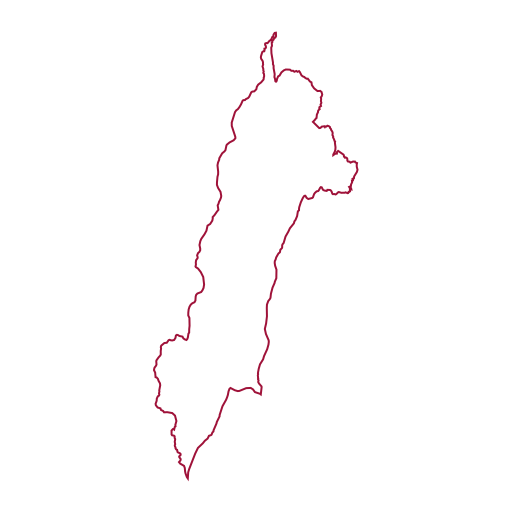 Santa Barbara, Santander, Colombia, rotated 181°
{"feature_id": "7082276B97300956542202", "entity_name": "Santa Barbara", "entity_type": "district", "adm_level": 2, "iso_a3": "COL", "parent_name": "Colombia", "parent_adm1": "Santander", "projection": "equal_earth", "projection_center": [-72.939, 6.992], "detail": "fine", "context": "isolated", "style": "outline", "palette": "rose", "viewbox_px": 512, "rotation_deg": 181, "n_neighbors": 0, "source": "geoboundaries", "source_scale": "gbopen_adm2", "svg_char_len": 6104}
<svg xmlns="http://www.w3.org/2000/svg" viewBox="0 0 512 512"><g transform="rotate(181 256 256)"><path d="M354.3,133.1L353.2,132.8L351.9,131.4L351.3,129.6L349.8,127.0L349.5,125.1L350.4,119.9L350.2,119.0L350.6,116.9L350.2,115.6L350.6,114.7L351.7,114.0L352.7,111.7L352.8,109.5L353.8,106.5L353.5,105.0L351.7,102.8L348.9,102.0L348.3,100.4L346.1,99.4L345.2,98.1L342.0,98.3L337.0,97.5L334.2,95.0L332.7,89.6L333.7,85.7L333.5,84.3L334.2,83.8L334.8,81.1L335.5,81.7L336.1,81.5L337.4,80.0L337.3,76.1L336.8,75.3L334.8,74.9L334.2,74.3L334.2,72.7L333.6,71.5L334.0,68.8L333.5,66.4L333.9,65.4L333.7,64.2L333.1,63.3L333.1,62.3L332.5,61.3L331.5,60.8L331.1,58.8L330.5,58.2L328.7,57.5L327.9,56.6L328.0,55.6L329.3,54.3L329.2,53.5L327.8,51.7L327.8,50.9L328.1,50.1L329.4,48.6L328.2,47.1L324.3,44.9L323.5,42.8L323.1,39.2L322.7,37.5L321.3,33.8L320.3,32.4L320.0,38.6L319.1,41.8L313.3,57.5L310.7,63.1L305.9,67.8L303.9,70.4L301.2,72.6L299.9,75.4L297.9,76.1L297.3,76.6L296.5,78.8L295.5,79.8L295.4,81.0L292.6,87.8L292.3,89.3L289.6,95.1L289.6,96.4L286.9,105.2L283.4,111.7L282.4,114.3L281.7,116.6L281.1,120.2L280.2,122.7L279.2,123.6L274.8,121.4L271.9,120.6L270.3,120.8L263.5,123.7L259.0,124.0L256.7,122.6L254.7,119.9L249.6,118.3L248.8,117.7L248.1,124.8L248.2,125.7L250.8,128.6L251.6,130.1L251.3,131.8L251.8,132.7L251.6,133.5L251.9,134.0L251.8,134.8L252.1,136.6L251.8,138.0L252.0,138.4L251.9,139.8L251.3,143.3L250.1,147.8L247.1,152.8L246.2,156.1L243.2,163.0L242.0,167.6L241.7,170.4L241.9,172.0L244.7,178.2L245.9,183.2L244.7,188.8L244.0,195.9L244.3,204.3L244.2,207.6L243.0,211.1L241.4,213.2L240.8,214.4L240.4,218.6L238.9,224.7L237.0,229.2L236.7,230.7L235.3,234.1L235.3,242.7L236.7,246.6L237.2,249.4L237.1,251.2L236.3,252.9L235.8,254.9L234.0,258.2L233.6,258.9L232.2,260.1L231.7,262.8L230.3,264.2L230.0,265.0L230.0,267.2L229.7,268.1L228.6,269.5L226.8,276.0L224.1,280.9L222.6,284.3L218.7,289.3L218.2,291.3L217.1,292.8L215.6,296.6L214.9,301.4L213.8,302.4L213.8,304.2L213.6,305.6L212.1,310.5L210.3,314.6L209.1,316.6L208.3,317.1L207.7,317.1L206.4,315.0L204.7,313.9L200.8,315.0L200.1,315.6L199.0,318.9L198.1,320.2L196.5,321.7L195.0,322.0L194.4,322.7L193.0,325.4L192.4,326.0L191.5,325.8L190.2,323.4L188.9,322.7L186.6,322.3L186.3,322.4L185.8,323.4L183.1,323.3L182.5,323.0L181.6,321.9L180.8,319.7L180.3,319.2L178.5,319.3L177.6,318.9L176.9,319.2L174.9,321.2L174.3,321.4L171.8,320.7L168.4,320.8L167.6,321.2L165.4,320.4L164.9,320.6L164.5,321.8L163.9,321.7L163.1,322.3L163.3,324.6L161.8,324.2L162.1,325.5L163.4,325.7L164.1,326.7L162.3,327.6L162.2,329.2L161.2,331.4L161.4,333.2L160.4,333.3L160.1,334.4L160.6,335.0L159.4,335.6L159.3,337.2L156.6,341.8L156.0,344.0L156.8,346.9L156.9,349.0L156.6,350.7L158.1,351.2L158.8,352.2L159.5,352.0L160.5,352.2L163.2,351.0L164.0,351.9L165.7,352.1L166.3,352.9L166.4,354.7L166.7,355.4L167.9,356.1L168.7,355.8L169.3,356.7L169.8,356.9L169.9,358.2L170.3,358.9L175.7,362.5L176.9,361.3L176.9,359.8L178.7,359.6L180.5,358.2L180.5,358.8L179.0,361.8L178.5,363.8L178.4,366.1L179.1,370.7L178.9,371.9L179.6,372.5L179.9,373.8L181.0,375.9L180.9,376.9L181.7,378.3L181.5,379.8L181.6,381.0L182.4,382.5L182.9,383.0L183.3,384.3L184.2,385.3L184.3,386.2L185.5,387.1L186.9,387.5L188.0,386.6L189.0,386.8L189.4,386.1L190.0,386.9L192.5,386.5L193.8,385.2L195.0,385.0L201.4,391.1L199.1,393.6L198.7,394.4L197.9,395.0L197.6,398.5L196.5,400.9L196.5,402.0L196.1,402.8L194.9,404.0L195.3,404.7L195.2,405.9L193.6,407.1L194.1,408.5L193.3,410.3L193.8,412.0L193.6,414.2L194.0,415.7L193.2,416.6L192.6,418.5L193.3,421.1L194.7,422.2L197.4,422.0L200.8,424.6L203.1,427.8L203.6,430.6L205.1,431.4L207.3,434.2L208.3,434.1L209.7,434.8L210.9,435.9L211.8,436.1L213.6,437.3L215.4,440.7L216.2,441.6L217.7,440.9L218.9,441.7L220.9,440.9L222.0,441.8L223.9,441.8L225.3,442.9L229.4,443.0L231.4,442.1L233.8,440.0L235.6,436.8L237.0,436.0L238.1,433.3L238.3,431.7L238.8,430.7L239.3,430.7L239.7,431.1L240.1,433.6L240.7,435.2L240.5,438.2L241.7,444.2L241.7,446.5L242.4,448.1L242.4,449.8L244.1,459.0L244.4,464.6L243.7,466.4L244.0,469.6L243.4,470.1L243.3,471.7L242.2,472.6L241.6,474.4L240.5,474.7L239.8,476.2L240.0,479.6L241.2,479.4L242.3,477.7L242.5,476.0L243.5,475.3L244.6,472.7L245.0,472.4L245.1,471.8L246.2,471.5L248.2,469.0L249.4,469.1L250.5,468.6L250.6,467.3L249.8,466.0L249.7,464.5L250.5,463.5L251.2,463.4L251.1,461.4L251.3,460.9L251.9,461.0L253.3,460.0L254.5,455.8L254.6,454.5L254.2,453.1L252.9,451.4L252.4,449.9L252.4,448.4L252.2,447.5L252.8,445.7L251.9,443.0L252.0,442.0L251.5,440.6L251.9,439.2L251.2,438.2L251.0,436.2L251.1,435.2L251.4,434.7L251.4,433.2L251.6,432.5L253.9,429.7L256.8,427.4L258.1,425.2L258.6,422.7L260.6,420.6L262.6,420.3L263.6,419.6L265.6,415.1L266.7,413.8L269.0,412.6L269.8,411.7L271.4,411.6L272.1,411.0L273.6,407.4L275.1,404.7L276.7,402.5L278.3,401.3L279.5,399.5L282.6,389.0L282.5,385.6L279.2,376.1L278.7,374.5L278.7,373.3L280.4,371.3L284.4,369.1L287.1,366.8L287.5,366.0L288.4,361.3L289.4,360.0L291.6,358.1L294.4,353.1L294.5,351.6L295.6,348.8L296.1,346.0L295.3,339.6L295.3,337.0L295.9,334.5L296.3,329.1L296.3,326.4L295.1,323.4L292.6,319.5L291.8,315.4L292.0,313.9L293.0,311.2L293.9,309.6L294.4,307.6L295.2,306.0L294.4,301.5L295.9,299.6L298.1,296.3L300.0,294.1L299.9,292.8L300.3,290.6L302.4,287.2L305.0,285.5L306.0,280.4L307.9,276.8L311.0,272.2L311.9,270.0L312.7,266.0L311.9,262.4L311.9,260.7L312.7,259.1L314.0,257.9L314.9,255.6L314.3,253.8L314.4,252.8L315.8,250.8L316.1,248.5L315.9,246.4L316.3,244.5L316.0,243.9L313.7,242.4L310.9,238.9L308.4,234.1L307.4,226.6L307.9,223.1L309.0,220.7L310.2,219.0L313.9,217.5L315.1,216.2L315.6,214.5L315.8,210.4L316.7,208.7L318.9,207.6L320.4,206.2L321.6,204.1L322.4,201.4L322.7,198.3L322.7,195.4L321.5,192.9L321.2,185.0L321.5,181.8L321.5,178.2L322.2,177.2L322.7,173.4L323.3,171.7L324.1,170.8L325.8,171.4L327.2,172.4L328.1,174.1L331.2,174.7L332.7,175.6L333.7,175.8L334.7,175.1L335.1,172.7L336.4,170.6L338.3,170.1L339.6,170.2L340.9,170.7L341.9,170.3L343.7,167.7L346.1,167.4L349.2,164.7L349.6,163.2L349.3,162.0L349.6,159.2L349.5,155.9L350.0,154.8L351.6,153.0L353.6,150.1L353.9,149.2L353.6,145.7L354.1,144.5L355.5,142.6L355.8,141.5L356.0,140.1L354.8,137.7L354.3,133.1Z" fill="none" stroke="#9f1239" stroke-width="2"/></g></svg>